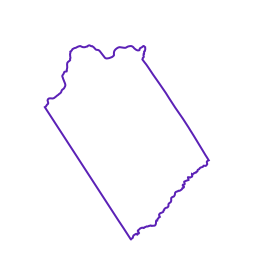 SVG path tracing the border of Iowa, rotated 237°
{"feature_id": "USA-3529", "entity_name": "Iowa", "entity_type": "State", "adm_level": 1, "iso_a3": "USA", "parent_name": "United States of America", "parent_adm1": "", "projection": "natural_earth1", "projection_center": [-94.248, 41.94], "detail": "fine", "context": "isolated", "style": "outline", "palette": "violet", "viewbox_px": 256, "rotation_deg": 237, "n_neighbors": 0, "source": "natural_earth", "source_scale": "10m", "svg_char_len": 5201}
<svg xmlns="http://www.w3.org/2000/svg" viewBox="0 0 256 256"><g transform="rotate(237 128 128)"><path d="M34.2,77.5L34.4,77.5L34.6,77.4L34.8,77.2L34.9,76.2L34.9,74.3L34.8,73.9L34.7,73.8L34.2,73.2L34.0,72.9L33.5,72.4L33.3,72.1L33.2,71.8L33.2,71.5L33.2,71.2L33.3,70.7L33.2,70.5L33.2,70.2L33.0,69.8L33.1,69.7L37.3,69.7L46.9,69.7L56.5,69.6L66.1,69.6L75.7,69.6L85.3,69.6L94.9,69.6L114.0,69.6L123.6,69.6L133.2,69.6L142.8,69.6L152.4,69.6L162.0,69.6L171.6,69.6L181.2,69.6L190.8,69.6L190.8,70.1L190.8,70.6L190.9,71.0L191.0,71.4L191.4,72.2L191.6,72.6L191.7,73.0L191.8,74.0L192.1,74.4L192.4,74.7L195.0,75.6L195.7,76.5L195.8,77.9L195.2,79.0L193.7,81.0L193.4,82.3L193.6,84.9L193.8,86.2L193.8,87.6L193.9,88.0L194.0,88.4L194.1,90.2L194.3,91.0L194.6,91.6L195.4,92.6L195.7,93.1L195.9,93.8L196.0,95.4L196.2,96.1L197.2,97.9L197.6,98.4L198.2,98.9L199.5,99.4L204.6,100.4L206.0,100.8L206.7,100.9L207.4,101.2L207.8,101.7L208.4,103.2L208.7,103.7L209.4,104.7L209.7,105.3L209.6,105.7L209.3,106.5L208.9,107.3L209.3,107.9L210.2,108.3L210.6,108.8L211.1,109.3L212.0,110.1L214.6,111.6L215.6,112.5L216.1,113.7L216.2,115.6L216.5,116.5L217.5,117.0L218.1,117.9L218.5,118.1L218.9,118.2L221.5,119.6L221.8,119.9L222.5,120.8L222.8,120.9L223.3,121.0L223.5,121.3L223.5,121.7L223.5,122.3L223.6,122.8L224.4,124.5L224.3,125.0L224.2,126.5L223.7,127.9L223.5,130.2L223.1,131.8L222.7,132.6L222.2,133.0L221.7,133.2L220.5,134.1L220.1,134.5L219.7,135.1L219.3,135.8L219.0,136.7L218.9,137.5L218.5,138.2L218.5,138.4L218.6,138.5L218.7,138.8L218.7,139.6L218.6,140.0L218.5,140.4L218.1,140.9L216.8,141.6L216.5,141.8L216.3,142.4L215.7,142.7L214.5,143.2L211.5,143.7L210.9,144.0L209.8,145.3L209.2,145.8L207.9,146.2L199.4,146.9L198.2,147.6L197.5,148.8L196.9,150.2L196.5,151.9L196.2,153.5L196.3,154.3L196.4,155.2L196.8,156.0L197.4,156.3L197.8,156.5L199.3,157.6L200.2,158.8L200.7,160.3L200.9,162.0L200.8,163.8L200.3,165.1L197.4,168.4L196.9,169.1L196.6,169.7L196.5,170.3L196.4,172.0L196.2,172.8L195.6,174.3L194.9,175.4L193.9,176.1L192.7,176.5L191.5,176.6L190.6,176.9L189.2,177.4L188.0,178.2L187.5,178.8L187.4,179.1L187.2,179.5L187.1,179.8L187.2,180.2L188.0,180.9L188.3,181.5L188.3,182.2L188.2,183.3L188.2,183.9L188.3,184.9L188.4,185.5L188.1,185.9L186.4,186.4L186.0,186.1L185.2,185.7L184.8,185.5L183.7,184.4L183.4,184.1L183.5,183.8L183.5,183.6L183.4,183.3L183.2,183.0L183.0,182.9L182.4,182.6L182.1,182.4L182.0,182.2L181.9,181.8L181.7,181.8L181.4,181.8L181.2,181.7L181.0,181.4L180.8,180.9L180.8,180.7L180.0,180.3L179.4,180.1L179.1,180.0L178.9,179.7L178.8,179.4L178.7,179.0L178.7,178.6L178.5,178.3L178.0,178.0L177.9,177.8L177.6,177.4L174.5,177.6L171.3,177.9L168.2,178.0L159.2,178.1L153.6,178.3L148.0,178.5L136.8,178.8L129.9,178.7L126.4,178.7L122.9,178.7L119.5,178.7L116.1,178.8L112.7,178.9L109.3,179.0L105.8,179.1L98.9,179.1L95.5,179.1L92.2,179.0L85.5,178.9L82.2,178.8L78.8,178.7L75.5,178.6L68.7,178.4L65.8,178.3L62.9,178.2L60.0,178.2L57.1,178.1L56.9,178.1L57.0,177.5L57.1,176.6L56.8,175.8L56.2,175.4L54.6,174.8L54.3,174.2L54.2,173.8L54.1,173.6L53.9,173.3L53.9,172.8L54.0,172.4L54.1,172.2L54.6,171.7L55.2,170.8L55.1,170.5L54.8,170.0L54.7,169.6L54.9,168.7L55.1,168.0L55.3,167.3L55.2,166.3L54.8,165.4L54.8,164.9L54.9,164.1L54.9,163.8L54.7,163.4L54.2,162.9L53.9,162.7L53.8,162.2L53.8,161.9L54.0,161.7L54.0,161.2L53.8,161.0L53.8,160.9L53.7,160.8L53.6,160.7L53.6,160.4L53.8,160.2L54.2,159.1L54.0,158.6L54.0,157.4L53.8,156.8L54.5,156.5L54.1,156.2L52.8,155.8L52.4,155.3L52.4,154.7L52.6,153.1L52.9,152.9L53.6,152.3L54.0,151.5L53.7,151.2L53.2,151.1L51.9,150.7L51.4,150.4L52.1,148.0L52.1,147.6L52.4,146.1L52.2,145.7L51.8,145.6L50.6,145.3L50.2,145.1L50.0,144.7L50.1,144.3L50.2,143.8L50.4,143.4L50.5,143.2L50.3,142.8L50.0,142.6L49.6,142.5L49.3,142.6L48.8,142.9L48.4,143.0L47.8,142.5L47.7,141.7L47.9,141.0L47.9,140.7L47.5,140.4L47.3,139.7L47.2,138.9L47.2,137.3L47.3,137.0L47.5,136.7L47.8,136.3L47.9,136.1L47.9,135.9L47.8,135.4L48.0,134.7L48.2,134.0L48.3,133.3L48.1,132.4L46.3,130.7L46.2,130.5L45.7,129.5L45.6,129.1L45.6,128.7L45.9,128.0L46.0,127.6L45.7,126.1L44.6,125.3L43.4,124.6L42.6,123.5L42.5,122.7L42.5,121.9L42.4,121.2L42.1,120.5L41.6,120.1L40.6,119.5L40.2,118.9L39.9,118.0L40.0,117.3L40.3,116.7L40.4,115.9L40.4,115.1L40.2,114.4L39.9,113.9L39.5,113.6L39.5,113.0L38.5,111.9L38.6,110.3L39.0,108.6L38.6,107.1L38.1,106.7L37.4,106.5L36.1,106.3L36.2,105.0L35.9,104.5L35.8,104.4L35.6,104.2L35.6,103.7L35.6,103.4L35.5,103.2L35.3,102.9L35.2,102.7L34.5,102.2L34.4,102.1L34.5,101.9L34.9,101.6L35.0,101.4L34.9,101.2L34.6,100.8L34.4,100.6L32.8,99.5L32.6,99.3L32.3,99.0L31.8,98.3L31.7,97.9L31.6,97.6L31.7,97.1L31.8,96.7L32.1,96.2L32.5,95.6L32.6,95.4L32.7,95.2L32.8,95.0L32.8,94.8L32.9,94.7L33.0,94.5L33.2,94.4L33.3,94.4L33.7,94.2L33.8,94.1L34.0,93.8L34.0,93.3L34.0,93.0L34.1,92.9L34.2,92.7L34.4,92.6L34.5,92.2L34.6,91.2L34.6,90.9L35.2,90.3L35.3,90.0L35.4,89.6L35.4,88.9L35.4,88.7L35.5,88.4L35.7,87.9L35.8,87.6L35.7,87.3L35.6,87.2L35.5,86.8L35.6,86.6L36.6,85.7L36.8,85.3L37.1,83.8L37.1,83.5L37.1,83.2L37.0,82.9L36.9,82.6L36.7,80.9L36.6,80.5L36.5,80.4L36.4,80.2L36.2,80.1L35.7,80.2L34.9,80.0L34.4,80.1L34.2,80.0L33.9,80.0L33.8,79.8L33.7,79.6L33.7,79.4L33.8,79.2L34.1,78.9L34.2,78.7L33.8,78.3L33.5,77.9L33.5,77.7L33.8,77.5L34.2,77.5Z" fill="none" stroke="#5b21b6" stroke-width="2"/></g></svg>